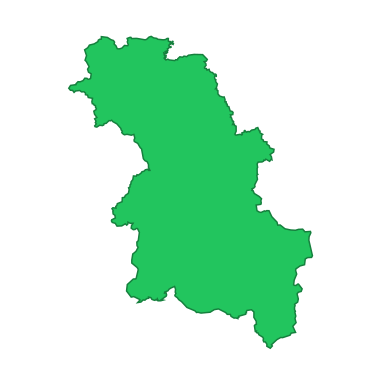 Befandriana Nord, Sofia, Madagascar, rotated 266°
{"feature_id": "10022922B32579750162608", "entity_name": "Befandriana Nord", "entity_type": "district", "adm_level": 2, "iso_a3": "MDG", "parent_name": "Madagascar", "parent_adm1": "Sofia", "projection": "albers", "projection_center": [48.822, -15.151], "detail": "fine", "context": "isolated", "style": "filled", "palette": "green", "viewbox_px": 384, "rotation_deg": 266, "n_neighbors": 0, "source": "geoboundaries", "source_scale": "gbopen_adm2", "svg_char_len": 6017}
<svg xmlns="http://www.w3.org/2000/svg" viewBox="0 0 384 384"><g transform="rotate(266 192 192)"><path d="M353.3,112.4L350.8,112.2L350.8,110.5L350.0,109.1L348.6,108.7L346.6,104.8L345.7,99.9L343.2,98.1L341.3,94.8L335.4,96.3L330.9,94.5L329.5,95.7L324.2,98.1L321.8,96.4L318.8,97.1L316.9,99.7L312.3,98.7L311.6,96.9L311.9,95.8L312.7,95.2L313.0,93.0L310.7,91.1L309.7,88.0L310.0,86.0L308.0,83.8L307.2,83.8L306.8,78.3L304.1,76.3L302.0,77.8L301.7,80.0L299.6,81.3L300.9,82.9L301.1,87.1L299.6,88.7L299.5,91.3L298.2,92.6L296.5,92.5L295.9,94.6L293.5,95.1L292.4,99.3L289.0,98.4L287.0,98.7L286.7,99.9L285.5,100.4L284.9,101.7L283.0,101.7L282.1,102.4L280.9,102.0L279.5,99.7L276.4,100.2L273.0,102.3L271.8,100.0L269.4,101.2L267.9,100.4L266.6,101.3L264.7,99.5L263.9,99.9L263.4,101.6L265.0,104.5L264.5,107.3L265.0,108.6L266.3,109.1L266.5,111.2L269.0,114.2L268.7,115.6L269.2,116.9L267.7,118.0L265.2,121.8L260.3,125.5L259.0,125.6L257.5,126.7L256.1,126.1L254.5,127.5L253.8,128.6L254.1,131.2L252.9,135.4L253.5,138.0L249.8,138.7L247.9,137.8L246.4,138.0L244.3,141.3L239.9,143.4L238.5,144.7L228.6,145.8L226.6,147.2L225.2,149.5L222.4,150.5L219.5,150.3L216.5,151.5L216.5,150.4L217.8,149.3L217.4,147.0L216.1,145.6L215.7,143.5L214.3,142.4L212.7,139.8L213.1,138.3L211.7,137.6L212.1,134.7L208.5,133.8L206.5,132.0L204.1,131.5L203.5,130.7L201.4,130.5L200.6,129.0L198.8,129.5L195.1,128.4L193.3,125.3L191.4,124.3L191.2,122.1L187.2,121.6L185.6,116.7L184.1,116.2L182.8,114.9L181.2,115.0L181.8,112.0L181.0,111.0L178.8,112.1L178.1,111.7L175.6,111.8L174.1,113.5L171.4,113.7L169.9,110.0L168.8,109.6L167.2,110.3L166.1,113.3L163.2,114.8L163.1,119.6L164.9,123.2L163.5,124.6L164.6,125.8L166.4,126.0L165.1,128.1L164.9,131.0L162.8,129.4L160.2,128.8L158.5,130.8L158.6,132.5L159.5,133.8L159.3,135.1L155.4,136.7L147.2,135.0L145.9,133.5L142.2,133.4L140.6,134.4L136.7,132.0L134.3,128.6L128.3,127.2L125.3,127.0L120.6,131.9L119.1,132.8L117.8,132.8L109.8,130.3L109.2,129.8L109.3,127.4L104.2,121.0L97.8,119.8L91.4,124.0L91.7,126.7L88.5,132.2L87.9,132.6L85.5,130.1L85.8,133.4L87.7,135.7L87.4,137.5L88.8,139.4L89.0,141.3L90.2,141.3L89.5,143.6L87.7,144.5L86.9,146.2L86.5,147.5L87.3,148.6L86.4,149.6L87.7,150.0L85.8,150.9L85.7,153.3L86.2,155.8L86.8,154.0L89.9,159.0L91.1,159.5L93.1,159.1L93.0,157.5L94.1,157.8L95.1,161.1L96.6,162.3L97.7,164.3L99.0,168.0L96.2,168.8L93.2,168.3L92.0,168.9L90.2,167.7L89.2,168.0L87.6,170.0L85.5,171.3L83.4,173.9L77.2,178.9L73.3,186.6L71.5,188.1L71.6,189.6L70.6,192.5L70.8,201.7L73.1,206.0L73.5,210.3L69.4,217.2L67.5,218.6L67.2,221.7L65.2,222.3L63.3,225.1L63.3,227.0L62.5,229.0L63.6,229.1L63.9,230.1L64.8,229.9L66.3,237.0L67.4,237.0L67.7,237.9L68.5,237.7L70.0,238.5L70.4,243.1L68.0,245.4L62.6,245.0L58.7,247.0L55.5,247.0L55.4,246.0L54.3,244.9L48.6,245.4L48.8,246.6L47.7,246.3L47.0,246.9L46.9,248.0L44.9,248.8L42.2,252.5L40.6,253.1L39.3,252.6L37.5,253.1L37.3,254.8L34.9,256.1L32.9,255.9L30.7,259.2L32.8,261.4L34.1,260.6L38.8,266.4L40.7,270.4L40.4,272.2L42.3,279.8L44.3,281.1L44.7,285.5L51.0,283.2L54.4,286.7L58.6,285.9L61.0,286.9L65.0,286.2L65.7,286.8L67.6,286.1L70.2,286.3L71.3,286.9L72.8,286.5L74.8,289.7L77.9,290.6L83.1,289.7L84.6,291.1L85.2,294.0L87.7,295.1L92.7,291.8L92.7,290.9L91.5,289.4L91.7,287.6L92.4,286.9L97.0,287.8L102.8,290.7L106.3,289.9L108.0,290.2L110.7,294.6L111.6,299.2L117.3,300.3L118.5,302.8L118.4,306.7L120.0,307.7L135.7,305.2L139.3,305.7L143.0,307.7L144.4,307.4L144.4,301.9L147.2,299.8L147.3,295.6L146.6,292.6L147.2,287.9L148.8,282.2L152.9,277.7L153.0,275.2L156.0,274.7L161.8,269.9L168.0,267.5L168.2,265.2L167.6,263.9L168.1,262.9L166.8,259.5L167.2,257.9L168.8,255.5L174.5,255.1L174.9,259.8L176.2,260.3L178.6,260.1L180.4,260.9L182.7,258.9L186.2,254.0L189.1,253.0L189.4,251.9L190.3,252.4L191.1,252.1L191.6,253.8L192.9,255.2L194.7,255.0L200.1,258.2L204.2,257.8L205.0,258.9L205.8,258.3L211.0,258.6L212.0,259.2L215.4,258.9L217.2,260.1L217.1,264.0L217.8,265.6L218.8,265.9L218.5,267.0L219.6,267.9L217.2,271.6L219.0,273.1L218.5,274.0L221.6,273.7L223.9,272.5L226.2,276.2L228.9,276.8L230.5,272.7L232.6,272.3L234.7,269.9L236.7,270.3L237.4,266.9L239.1,266.6L240.1,265.0L243.9,265.5L244.6,266.5L246.0,264.3L247.1,263.7L247.9,264.2L248.4,263.3L251.7,262.1L251.2,260.1L250.0,259.2L249.6,255.8L248.0,253.6L248.5,252.1L247.9,250.5L249.7,249.0L249.4,248.4L248.3,248.5L247.4,245.8L245.9,246.2L245.4,245.6L246.2,244.1L245.7,240.0L246.1,239.1L246.9,238.9L249.6,240.3L254.6,240.6L255.4,239.0L256.7,239.0L256.5,237.2L259.0,238.5L260.0,237.9L260.0,237.3L263.2,236.6L264.1,235.5L265.0,236.2L266.3,235.7L266.4,238.1L268.6,238.5L269.6,237.6L270.2,235.7L274.6,234.7L275.2,233.2L277.2,233.2L277.5,232.4L279.7,232.3L279.7,231.1L282.0,231.4L284.6,230.7L284.5,229.5L285.8,226.3L288.1,224.7L291.3,224.9L291.9,224.0L293.2,223.9L293.3,222.7L294.3,223.6L298.0,224.9L299.7,223.7L301.4,223.2L302.2,223.7L303.2,222.6L304.7,222.5L306.3,222.9L305.8,224.3L307.0,224.4L307.9,223.8L308.2,221.8L309.7,220.9L310.2,219.2L311.2,218.1L313.2,217.6L312.5,215.5L314.1,215.0L314.6,213.2L315.6,213.2L317.4,214.9L319.2,214.7L321.2,213.2L321.6,215.5L323.2,216.5L328.3,212.2L329.1,203.7L328.7,198.0L327.4,196.2L328.1,193.5L327.1,192.0L327.7,189.3L325.9,187.1L324.9,186.8L325.1,185.0L324.3,184.0L325.3,178.6L326.2,177.2L325.5,175.2L327.5,173.5L328.7,174.3L327.1,174.3L327.9,175.3L330.0,175.7L330.3,174.0L332.7,173.6L331.8,175.5L332.9,177.3L333.4,177.3L333.4,175.5L334.0,175.1L334.9,177.8L336.6,177.5L336.9,178.6L338.0,179.2L337.6,180.5L337.9,181.2L338.5,181.1L338.3,180.4L339.0,179.5L340.1,179.1L341.5,181.9L340.5,183.4L341.3,183.8L341.9,182.6L343.2,183.6L343.7,183.3L343.5,182.6L342.2,181.9L341.9,180.5L343.6,180.8L344.0,179.0L344.6,178.9L347.4,179.2L346.7,178.8L346.9,177.9L345.9,176.1L345.8,173.9L346.8,168.3L347.7,167.6L348.4,164.5L350.1,162.1L349.5,159.9L347.4,157.3L347.1,155.8L349.1,147.5L349.3,142.4L350.5,141.9L350.6,140.9L349.7,138.0L347.8,138.6L346.3,137.9L343.4,138.7L342.4,138.1L342.9,134.9L340.4,132.1L339.8,129.2L340.2,127.4L343.1,126.4L345.1,124.6L346.9,125.2L348.6,124.2L349.6,121.8L352.1,118.4L353.3,112.4Z" fill="#22c55e" stroke="#15803d" stroke-width="1.5"/></g></svg>